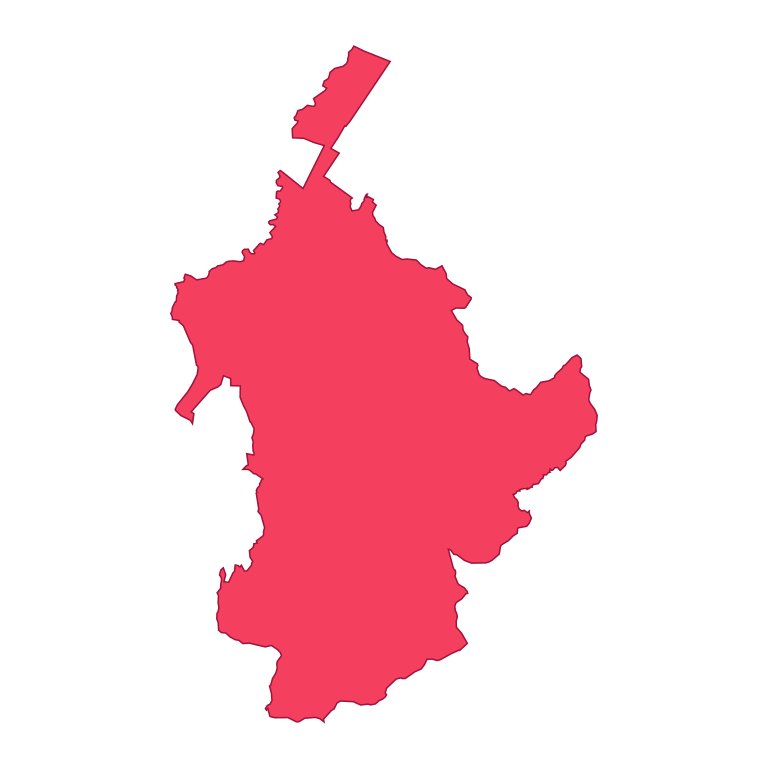 the district of Rasnov, Brasov, Romania
{"feature_id": "2599482B99347531874723", "entity_name": "Rasnov", "entity_type": "district", "adm_level": 2, "iso_a3": "ROU", "parent_name": "Romania", "parent_adm1": "Brasov", "projection": "equal_earth", "projection_center": [25.475, 45.557], "detail": "fine", "context": "isolated", "style": "filled", "palette": "rose", "viewbox_px": 768, "rotation_deg": 0, "n_neighbors": 0, "source": "geoboundaries", "source_scale": "gbopen_adm2", "svg_char_len": 6113}
<svg xmlns="http://www.w3.org/2000/svg" viewBox="0 0 768 768"><path d="M565.6,461.5L571.4,457.1L579.7,447.6L580.7,444.3L584.7,440.1L585.0,437.3L586.3,436.0L592.8,433.9L596.1,431.5L595.7,424.6L596.7,421.0L597.2,415.3L594.5,409.0L591.0,404.5L589.1,401.0L588.8,399.1L589.8,392.9L591.0,390.0L589.3,385.5L588.6,379.3L580.0,372.3L580.4,368.6L581.7,366.7L581.0,358.8L580.1,357.7L577.1,355.0L572.0,357.6L565.3,365.0L563.5,365.6L562.1,368.4L556.4,373.6L554.8,375.6L554.6,377.6L548.9,380.8L540.7,382.3L536.3,387.8L534.0,389.5L530.5,394.7L526.1,393.6L523.1,395.0L514.9,389.0L513.6,388.8L509.9,390.8L508.9,390.5L505.6,387.3L501.4,386.1L494.3,380.5L484.9,378.6L481.3,376.8L479.2,374.7L476.9,368.0L477.9,365.7L477.4,363.9L469.8,359.1L469.3,348.8L467.2,341.9L467.8,336.8L465.5,334.3L463.1,330.2L462.6,325.3L456.7,319.8L451.3,310.5L456.0,308.0L464.5,308.2L465.8,307.2L471.1,299.1L471.2,297.6L467.6,294.9L464.9,289.8L452.8,284.0L446.7,278.6L446.1,273.5L442.0,265.8L435.5,269.3L428.8,267.7L426.3,268.3L420.6,264.5L416.3,260.0L407.0,259.0L402.0,259.5L396.0,256.3L391.7,252.8L386.8,243.9L386.5,241.8L387.1,241.8L387.1,240.2L385.6,240.0L385.8,236.4L384.0,232.3L383.3,227.5L379.4,224.8L375.5,220.8L374.8,218.3L372.8,215.3L372.6,212.3L376.2,205.2L372.5,202.0L373.4,199.5L367.7,196.5L367.1,197.4L366.0,196.8L367.4,194.1L367.0,194.1L365.8,195.3L364.1,199.1L364.3,200.8L361.8,203.6L360.9,206.3L358.6,209.8L352.0,210.9L350.1,206.4L350.9,203.5L350.2,201.6L350.7,199.1L352.3,198.0L330.7,182.3L329.8,180.2L323.6,176.4L339.2,153.1L330.8,148.4L338.2,137.3L344.8,125.8L345.9,126.3L350.2,121.0L390.2,61.5L364.3,51.2L353.8,46.1L351.9,49.5L348.6,52.3L348.7,55.7L347.7,59.0L347.7,61.1L346.4,63.6L343.0,66.3L334.8,68.4L330.1,72.3L328.7,77.8L327.6,79.1L324.3,81.0L322.7,85.8L326.7,88.2L325.1,90.5L313.6,98.5L315.4,103.4L315.0,105.4L314.1,106.2L311.9,106.2L307.5,105.3L302.4,109.4L297.9,110.6L295.9,115.8L294.2,117.6L294.9,120.2L297.9,121.0L297.5,122.8L292.2,128.6L292.6,137.8L303.8,138.3L313.9,142.5L324.3,145.6L303.0,188.5L282.3,171.9L280.2,170.5L278.0,172.5L279.7,175.5L279.9,177.4L276.5,180.3L276.2,182.7L277.8,185.6L282.3,186.5L282.6,187.9L280.0,191.2L277.5,191.1L276.5,192.0L276.2,198.1L278.8,198.8L280.4,200.4L280.4,202.2L278.8,203.9L279.6,205.5L279.4,206.8L277.8,209.1L278.5,211.0L278.2,212.7L274.8,214.8L277.1,216.7L277.3,217.8L276.1,219.2L269.8,220.8L268.7,222.1L268.9,223.3L270.4,224.8L273.2,224.6L275.7,226.4L269.8,232.6L272.3,236.6L271.7,238.6L266.9,239.8L263.7,244.6L260.6,243.3L259.6,243.8L253.5,250.7L254.9,253.2L254.0,253.9L251.0,253.5L249.4,251.8L248.4,249.2L244.2,249.3L242.6,250.7L242.1,252.3L244.6,256.7L243.5,260.8L240.3,261.7L233.2,260.9L228.3,261.3L226.1,262.1L223.0,264.8L217.6,265.9L215.8,267.6L212.1,268.8L209.7,271.0L209.0,271.9L209.3,273.1L208.3,275.7L206.6,278.1L196.5,279.9L191.0,276.0L185.3,274.2L183.9,278.2L184.7,279.1L183.7,281.7L175.1,283.6L175.0,284.8L176.5,286.0L176.7,287.7L178.3,290.0L177.6,290.5L178.1,292.7L176.6,296.1L176.3,301.2L175.3,301.7L172.3,307.8L172.0,311.3L170.8,313.4L172.4,317.3L172.4,319.4L179.2,320.5L179.0,322.0L183.3,325.6L190.5,342.4L192.7,345.2L196.5,365.2L197.7,366.1L198.2,367.9L197.1,374.7L192.4,384.1L187.8,391.7L177.5,404.6L175.2,409.3L175.6,410.5L180.8,415.5L190.4,420.3L192.5,423.7L193.9,413.7L191.2,411.8L210.2,390.3L217.8,387.0L220.8,384.5L223.5,375.7L230.6,378.5L230.8,385.7L240.3,385.9L240.1,397.3L243.5,405.7L246.6,411.5L250.0,421.7L251.3,423.0L254.1,428.8L253.6,433.3L251.9,437.7L253.2,441.7L252.8,445.5L253.1,451.0L254.0,452.8L253.8,455.0L246.7,453.7L248.3,464.9L246.3,465.8L242.9,469.4L247.9,469.4L249.8,470.2L254.1,473.9L255.6,473.8L262.9,478.9L261.1,480.3L261.0,482.0L259.6,483.5L259.7,485.5L257.2,488.4L256.3,490.7L256.9,491.9L256.2,492.9L258.7,508.7L258.0,511.6L261.1,515.2L264.6,527.6L263.5,531.8L263.6,534.3L262.9,536.0L256.4,540.8L257.2,543.0L253.8,543.8L253.9,545.3L252.8,547.8L249.4,550.6L250.1,557.4L252.7,561.3L251.5,563.5L251.5,565.2L247.1,570.7L245.1,571.2L244.2,570.6L241.4,565.2L240.0,566.9L237.9,565.5L235.2,565.0L234.5,571.2L232.8,573.2L228.8,581.9L227.6,582.3L224.0,581.6L225.7,574.7L223.3,567.8L220.8,570.1L219.5,574.9L221.3,577.6L221.5,579.9L220.6,585.9L220.9,588.0L217.1,592.8L218.5,595.7L218.1,602.8L218.9,607.7L218.1,611.4L217.0,613.4L216.8,618.9L218.2,622.7L218.6,630.2L221.4,632.6L225.7,633.0L230.3,637.1L235.2,639.7L238.8,640.3L242.9,643.6L249.2,643.1L265.2,646.9L271.4,645.5L277.3,649.4L280.3,652.5L281.5,655.7L277.3,661.4L276.8,663.7L277.2,668.0L275.9,672.9L272.5,678.5L270.8,684.9L269.5,686.0L271.4,693.1L272.0,700.4L270.1,704.0L267.4,705.5L265.4,708.5L266.4,710.2L267.8,708.7L269.9,716.3L270.9,716.8L275.0,717.7L287.9,717.6L296.4,721.8L298.7,721.8L304.9,718.2L315.6,717.4L320.0,718.8L324.0,721.9L323.5,719.2L331.2,710.7L334.2,708.8L336.9,703.2L340.3,701.0L353.4,701.7L360.6,705.0L368.0,704.1L370.6,704.9L375.4,703.9L379.2,700.6L382.8,699.0L385.2,697.0L386.6,694.8L385.2,693.1L386.5,688.3L396.1,679.1L401.0,677.8L402.1,678.6L405.3,678.5L414.8,671.8L421.3,668.9L424.2,665.1L427.1,659.2L432.7,659.2L436.9,660.5L440.1,659.8L451.3,653.6L459.3,650.0L459.7,650.4L467.4,643.4L461.6,633.3L456.4,627.3L456.2,621.1L457.3,617.0L456.9,614.2L455.3,610.4L454.8,606.2L456.1,602.7L461.8,598.8L466.0,593.7L467.7,593.4L467.2,591.4L464.2,587.7L458.5,584.4L457.4,582.4L455.0,576.2L455.7,572.7L455.3,570.3L453.9,569.3L453.0,566.9L448.3,549.2L450.6,549.9L453.8,554.3L456.9,554.8L464.4,560.4L471.5,563.1L485.4,562.9L488.4,562.2L492.2,560.2L499.3,554.0L500.4,546.7L501.4,544.9L508.5,540.6L513.0,536.0L517.2,533.3L517.7,528.3L518.2,527.9L526.7,526.3L529.1,523.4L531.4,518.1L529.2,513.3L529.3,511.0L527.3,512.6L524.3,510.3L521.9,511.0L519.2,509.1L518.0,506.2L518.3,502.6L516.8,499.6L514.9,498.0L513.1,494.7L514.6,494.3L513.4,494.0L515.7,493.6L517.1,491.2L520.0,490.9L519.6,489.6L523.8,488.6L526.3,488.6L527.2,489.4L527.8,489.1L527.6,488.2L529.1,488.6L531.0,487.0L532.3,487.1L532.3,485.8L533.3,484.5L538.3,483.7L541.4,478.9L542.8,478.5L543.7,475.8L543.3,475.0L546.5,474.8L548.0,472.9L550.2,472.1L549.5,471.4L550.2,469.0L551.5,470.4L552.7,470.1L554.9,467.7L557.6,467.5L560.2,470.5L565.4,465.4L566.2,463.3L565.6,461.5Z" fill="#f43f5e" stroke="#9f1239" stroke-width="1.5"/></svg>